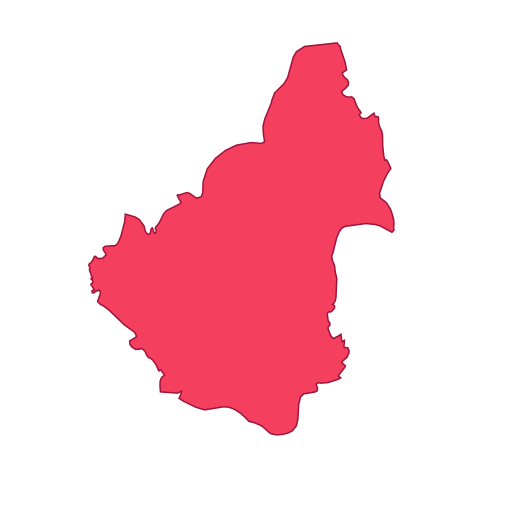 Southern Ostrobothnia, orthographic projection, rotated 158°
{"feature_id": "FIN-3183", "entity_name": "Southern Ostrobothnia", "entity_type": "Province", "adm_level": 1, "iso_a3": "FIN", "parent_name": "Finland", "parent_adm1": "", "projection": "orthographic", "projection_center": [23.15, 62.738], "detail": "fine", "context": "isolated", "style": "filled", "palette": "rose", "viewbox_px": 512, "rotation_deg": 158, "n_neighbors": 0, "source": "natural_earth", "source_scale": "10m", "svg_char_len": 3812}
<svg xmlns="http://www.w3.org/2000/svg" viewBox="0 0 512 512"><g transform="rotate(158 256 256)"><path d="M324.5,105.3L326.7,110.9L329.2,115.9L332.1,120.2L335.2,123.8L338.9,126.6L342.8,128.4L361.1,132.5L368.4,138.3L378.1,149.1L380.7,153.0L378.4,154.9L377.0,156.5L375.8,158.5L380.2,158.3L395.5,165.8L393.8,171.3L391.8,175.8L389.2,178.6L385.5,179.8L386.9,185.8L387.8,186.3L388.4,185.9L388.9,185.7L389.3,187.6L389.3,189.7L389.4,192.6L389.9,195.1L390.8,198.3L392.2,200.7L393.7,202.0L394.6,205.2L394.6,209.3L396.6,213.1L398.8,213.2L402.6,214.5L405.2,218.1L406.0,221.1L405.0,224.6L398.5,225.6L396.9,226.2L397.0,230.5L403.9,241.6L412.6,261.0L416.2,266.9L418.5,269.5L420.0,273.1L414.7,279.1L413.8,280.8L414.2,283.1L417.5,283.2L420.6,282.6L421.5,283.2L421.4,284.5L421.0,285.3L418.6,285.1L418.6,285.9L418.8,286.7L419.0,287.5L419.5,290.0L419.8,290.9L419.6,291.8L417.3,292.5L416.8,293.0L416.8,293.4L416.8,295.0L417.1,295.9L417.5,296.0L417.4,296.9L417.2,296.8L416.1,296.5L415.8,296.6L415.8,297.8L416.1,298.9L416.1,299.6L415.8,300.5L415.8,302.9L415.5,306.1L414.2,307.5L414.3,308.5L414.6,310.0L413.4,311.3L411.9,311.5L410.7,312.1L408.3,313.8L406.1,316.1L404.8,315.8L404.4,314.4L403.3,312.7L401.8,312.2L400.9,312.1L399.3,311.2L394.5,313.3L394.7,315.9L395.3,318.6L394.5,321.0L392.0,321.5L383.0,318.4L380.5,318.9L377.4,321.3L373.4,325.5L364.6,337.5L361.5,343.8L353.7,337.7L350.7,333.8L348.6,326.3L348.8,324.0L349.2,321.6L349.2,319.2L348.1,316.7L346.4,316.1L344.9,317.6L343.4,319.9L342.4,320.9L341.5,320.8L341.8,315.2L340.9,314.9L340.0,315.5L339.1,316.4L339.0,317.9L339.2,319.2L337.5,320.9L335.6,321.6L332.4,323.8L326.3,329.4L321.9,331.7L307.9,332.8L305.4,333.7L305.7,335.0L306.0,337.4L306.4,341.7L305.4,342.1L304.1,341.3L296.2,340.7L294.1,339.0L290.6,333.5L289.2,331.9L284.8,331.4L281.8,334.3L277.0,345.0L268.5,355.1L256.9,361.8L244.3,365.4L232.6,366.1L218.0,363.0L208.7,358.3L205.2,358.8L203.5,366.1L202.0,370.6L200.6,374.1L196.4,379.9L184.7,391.9L182.6,394.9L177.6,400.2L165.5,405.3L159.8,409.6L146.9,426.5L141.8,430.4L132.4,432.1L101.0,423.2L100.6,421.9L100.3,420.7L99.9,419.6L99.5,419.1L100.0,415.8L100.8,402.1L102.3,394.6L107.3,393.5L107.6,390.7L106.7,387.7L105.3,385.4L105.1,382.2L106.8,379.6L109.9,378.0L114.6,376.7L115.2,374.1L114.4,372.1L112.2,369.5L109.4,368.1L107.6,367.7L106.1,364.8L106.3,362.1L106.4,357.3L105.9,353.7L105.2,351.6L105.0,349.3L107.3,348.5L107.0,345.4L105.6,343.5L101.7,342.1L93.1,344.3L93.1,343.9L93.4,340.9L92.9,340.3L91.7,340.1L91.0,339.8L90.5,338.7L91.3,336.3L92.1,334.9L92.9,331.2L92.9,327.1L92.6,325.2L93.4,320.7L97.1,311.1L99.3,303.7L100.2,300.1L100.6,296.4L99.0,296.3L98.6,294.9L98.3,290.5L98.2,286.7L103.6,283.0L109.8,277.5L118.0,267.8L119.1,263.1L117.9,261.5L115.8,257.8L114.9,255.6L113.9,249.7L113.8,246.3L114.7,238.3L116.1,234.1L117.7,230.8L118.5,228.2L121.1,227.1L129.7,237.5L134.2,240.9L142.2,245.0L162.3,250.1L166.2,249.6L169.7,247.3L174.2,242.9L183.8,229.7L185.7,227.9L186.8,223.7L186.8,217.6L188.7,210.9L188.9,208.7L189.6,204.7L197.2,188.0L198.9,185.3L201.0,183.4L203.3,182.7L202.2,181.3L201.8,180.2L202.9,178.0L206.5,176.4L207.7,176.2L210.0,177.0L211.6,175.7L213.1,170.0L213.2,167.5L212.6,166.2L213.3,164.3L214.9,163.5L216.2,162.6L216.4,160.9L216.6,154.5L215.3,150.5L208.5,151.1L207.3,151.6L206.5,151.6L206.8,150.6L208.2,145.2L208.1,144.2L206.9,144.4L205.8,144.8L205.8,144.2L206.8,142.0L208.3,139.6L208.3,137.8L207.7,137.7L205.3,136.7L205.2,133.4L206.3,131.1L209.6,128.0L215.2,126.0L216.5,125.0L216.1,124.4L214.3,120.7L215.4,119.5L224.6,114.0L223.1,111.3L226.3,110.9L236.8,111.7L243.4,113.8L246.2,115.3L248.4,114.3L248.3,110.8L249.7,108.1L252.2,107.8L263.3,110.3L267.4,108.7L271.8,102.8L278.5,88.7L282.2,83.4L287.7,80.3L292.3,79.9L298.2,80.6L304.1,82.5L308.6,85.5L310.2,88.0L313.3,94.5L315.4,97.5L319.6,101.7L324.5,105.3Z" fill="#f43f5e" stroke="#9f1239" stroke-width="1.5"/></g></svg>